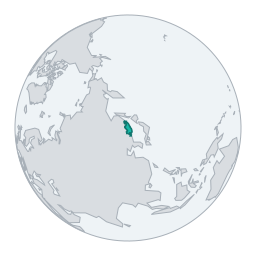 globe centered on Primor'ye, rotated 292°
{"feature_id": "RUS-2611", "entity_name": "Primor'ye", "entity_type": "Territory", "adm_level": 1, "iso_a3": "RUS", "parent_name": "Russia", "parent_adm1": "", "projection": "orthographic", "projection_center": [134.86, 45.37], "detail": "fine", "context": "on_globe", "style": "filled", "palette": "teal", "viewbox_px": 256, "rotation_deg": 292, "n_neighbors": 0, "source": "natural_earth", "source_scale": "10m", "svg_char_len": 13981}
<svg xmlns="http://www.w3.org/2000/svg" viewBox="0 0 256 256"><g transform="rotate(292 128 128)"><circle cx="128" cy="128" r="113" fill="#eef3f6" stroke="#a8b0b8"/><path d="M204.7,204.2L204.7,204.6L204.7,204.2ZM218.9,61.4L217.7,62.6L221.3,64.9L222.2,66.5L221.6,66.8L220.4,65.0L217.9,64.3L217.7,66.5L212.4,65.4L201.9,59.3L202.8,58.2L200.2,57.1L198.8,58.6L198.5,59.9L187.5,60.0L181.6,67.0L183.4,71.8L180.2,68.9L185.9,80.1L185.0,86.7L183.8,77.7L182.0,75.7L180.3,79.2L178.0,77.9L175.9,79.0L173.4,77.2L172.9,72.3L171.3,71.2L170.2,73.8L166.9,73.9L168.8,70.1L163.4,69.9L161.5,62.4L168.5,54.9L165.3,50.1L166.8,41.3L164.5,41.1L163.6,37.9L160.7,36.5L161.8,35.5L158.4,35.3L157.9,36.5L156.3,36.9L154.5,36.3L155.6,34.8L156.7,34.9L156.1,34.2L157.4,33.7L155.7,33.6L157.3,32.0L153.1,32.7L152.1,30.7L153.9,30.0L157.2,31.2L169.4,33.3L172.2,33.4L172.9,32.0L166.9,26.5L168.5,26.3L168.2,25.1L165.8,24.5L165.1,25.3L160.4,24.3L160.1,25.6L158.1,25.5L156.5,26.7L153.0,25.3L150.6,23.4L151.8,22.5L150.7,21.7L146.6,21.8L145.9,19.6L140.4,17.5L140.6,17.2L146.5,17.6L154.1,19.4L161.7,21.0L153.1,18.9L153.8,18.5L152.3,18.1L150.1,17.7L148.4,17.4L147.8,17.2L156.2,19.0L156.8,19.2L154.2,18.5L157.8,19.5L163.4,21.1L171.5,24.1L179.4,27.8L187.0,32.1L194.3,36.9L201.1,42.3L207.5,48.2L213.4,54.6L218.9,61.4ZM227.8,129.0L226.8,127.2L228.0,127.0L227.8,129.0ZM225.9,127.0L226.3,127.4L225.8,127.3L225.9,127.0ZM225.3,127.5L225.7,127.1L225.3,127.8L225.3,127.5ZM224.6,128.4L224.9,127.8L224.9,128.0L224.6,128.4ZM223.2,129.1L222.9,129.3L223.1,128.5L223.2,129.1ZM198.7,60.7L199.0,58.8L201.1,58.0L201.1,59.7L198.7,60.7ZM194.4,62.5L193.9,61.1L196.9,62.1L196.3,62.6L194.4,62.5ZM185.1,75.7L185.7,73.8L185.9,76.1L185.1,75.7ZM176.1,79.4L176.6,80.5L175.3,80.6L176.1,79.4ZM158.5,27.4L157.5,27.0L158.3,27.0L158.5,27.4ZM158.7,28.3L160.3,28.5L160.7,29.0L159.7,28.8L158.7,28.3ZM170.2,78.1L168.0,78.1L170.2,77.2L170.2,78.1ZM156.6,28.0L161.1,29.8L161.6,30.6L158.2,30.9L156.6,28.0ZM166.6,77.6L161.1,78.0L161.8,80.2L156.7,74.4L163.0,75.9L165.7,74.3L165.2,76.3L166.6,77.6ZM158.6,37.2L159.0,35.9L160.3,37.6L158.6,37.2ZM159.8,38.3L166.3,43.4L164.8,45.3L162.9,43.1L162.3,46.1L158.4,44.3L157.9,42.3L159.6,41.5L156.8,41.5L159.8,38.3ZM154.7,71.3L153.3,70.8L154.7,70.4L154.7,71.3ZM155.8,37.2L157.2,38.0L156.0,39.6L152.9,38.3L154.3,38.2L155.8,37.2ZM164.0,47.7L162.6,48.8L159.0,47.7L158.0,48.0L158.2,44.5L164.0,47.7ZM153.6,37.5L151.4,37.6L150.3,36.3L154.3,36.5L153.6,37.5ZM157.0,40.6L156.3,41.4L155.7,40.5L157.0,40.6ZM145.2,32.1L146.9,32.9L146.5,33.8L145.2,32.1ZM150.6,37.7L151.0,38.2L151.0,38.7L149.3,38.5L150.6,37.7ZM155.7,44.0L154.5,43.4L155.4,45.4L152.8,44.7L153.4,42.6L152.0,43.2L151.2,43.1L152.6,41.5L155.7,44.0ZM147.6,39.8L147.5,37.0L144.3,35.3L144.7,34.4L149.6,37.4L147.6,39.8ZM150.4,40.9L148.8,40.0L150.0,39.3L151.9,39.5L150.4,40.9ZM150.8,45.1L154.7,46.6L154.4,47.1L150.8,45.1ZM146.5,39.4L146.5,40.1L146.1,39.3L146.5,39.4ZM149.2,43.5L150.6,43.9L150.3,44.4L149.2,43.5ZM145.5,41.2L145.4,40.2L146.7,40.3L145.5,41.2ZM147.0,42.3L146.2,42.9L147.2,40.9L147.7,42.4L147.0,42.3ZM148.6,43.9L148.9,44.3L148.1,43.6L148.6,43.9ZM140.6,41.5L141.6,39.0L144.5,39.1L143.1,41.5L140.6,41.5ZM64.3,35.1L55.0,43.1L53.1,44.9L50.9,46.2L40.4,58.0L41.1,58.4L35.0,68.5L33.2,74.1L38.7,71.0L41.7,61.7L45.6,57.9L46.0,63.3L43.8,72.1L45.3,70.9L49.5,63.8L51.9,64.4L51.3,61.3L49.4,63.5L48.9,61.8L50.7,59.6L51.5,59.9L52.9,57.1L48.8,57.0L46.4,59.3L48.4,53.7L44.6,57.1L44.2,56.5L50.4,50.6L52.0,49.7L61.1,41.9L59.6,42.2L50.9,49.7L52.3,48.0L50.2,48.9L52.9,46.9L62.8,39.0L66.6,35.0L66.4,33.7L67.7,32.9L76.1,28.0L79.9,26.4L72.0,31.4L73.7,31.0L79.7,28.4L76.7,30.2L78.2,29.8L75.6,31.9L76.3,33.7L74.3,35.9L78.7,35.8L78.3,37.0L75.8,36.6L73.1,37.7L68.7,43.8L69.1,44.7L72.3,44.3L70.7,46.2L74.3,45.0L73.8,48.6L77.5,43.3L81.3,43.1L83.3,45.0L85.2,44.0L82.1,41.0L80.2,40.7L77.5,41.8L73.0,40.7L73.7,38.8L80.8,36.8L82.5,34.1L87.4,34.0L93.0,41.7L93.2,45.7L84.9,52.9L82.5,52.0L84.2,48.9L78.8,52.1L81.1,51.7L79.7,53.4L83.1,53.9L82.3,55.2L86.9,53.6L86.3,55.2L83.4,56.2L87.9,58.6L87.7,62.2L89.1,62.2L90.6,61.2L89.5,66.6L90.6,66.4L91.4,64.5L94.0,62.9L98.2,62.2L97.6,64.1L96.0,64.6L91.7,68.6L87.5,69.9L87.7,70.6L91.2,70.0L96.4,65.0L99.1,64.2L97.0,66.6L98.0,65.7L99.1,65.8L99.7,67.8L102.2,65.2L115.8,65.4L118.3,69.6L114.8,71.6L123.6,74.6L125.7,79.6L126.4,77.8L131.1,78.3L130.5,76.7L131.2,75.9L143.1,77.2L145.4,79.2L151.3,78.2L151.7,77.4L150.3,75.8L156.7,74.4L161.8,80.2L160.7,81.8L164.6,84.6L161.5,88.0L160.8,92.3L155.1,94.9L155.1,98.3L156.6,99.0L157.7,104.3L154.5,113.3L150.2,102.8L153.7,89.9L151.6,94.7L150.0,92.8L148.1,94.1L146.8,97.7L147.9,98.7L135.4,101.0L128.3,109.7L133.8,110.5L135.8,114.2L132.6,126.1L117.0,138.5L119.5,144.5L118.7,147.8L114.5,148.7L115.5,144.0L112.4,141.3L113.6,138.6L107.1,138.9L108.5,135.1L102.7,137.4L103.4,141.1L108.6,142.0L103.0,146.0L106.5,152.9L105.4,159.3L94.2,167.3L85.2,167.3L84.3,168.9L81.6,165.5L76.6,167.3L80.8,180.0L80.2,182.8L72.8,185.0L72.9,182.9L65.5,173.7L63.2,179.6L68.8,188.1L70.6,195.2L66.0,191.0L64.2,184.5L61.6,181.1L63.0,175.8L62.1,165.6L57.4,164.6L58.5,161.1L56.6,151.0L50.3,149.0L39.8,151.1L37.2,159.0L34.1,159.9L33.0,143.2L35.2,134.0L33.1,132.2L33.4,120.6L29.0,109.3L29.8,106.3L28.7,105.0L29.1,99.2L31.0,94.6L30.6,92.2L25.9,104.6L26.5,107.3L29.1,107.1L27.5,110.7L27.3,117.1L22.2,118.4L18.1,108.8L20.2,102.2L30.2,78.2L31.3,77.2L31.7,76.6L30.0,77.8L32.6,73.6L24.6,88.0L22.1,93.0L18.0,108.9L17.8,109.0L17.2,113.3L18.5,120.1L17.9,121.9L15.8,126.2L15.4,126.3L15.8,118.1L16.8,109.9L18.5,101.8L20.7,93.8L23.5,86.0L26.8,78.5L30.7,71.2L35.2,64.2L40.1,57.5L45.5,51.3L51.4,45.4L57.6,40.0L64.3,35.1ZM39.0,84.5L39.4,90.2L43.7,84.7L44.2,86.5L45.5,84.1L44.0,84.3L47.7,78.2L49.5,79.8L51.8,78.1L51.7,76.1L47.9,74.2L42.4,82.8L40.4,82.8L39.0,84.5ZM153.3,18.4L152.6,18.3L150.5,17.8L151.8,18.0L153.3,18.4ZM139.2,16.2L138.7,16.0L140.0,16.2L141.7,16.3L146.6,17.2L141.0,17.1L142.7,16.9L139.2,16.2ZM151.6,18.7L149.1,17.9L152.1,18.8L151.6,18.7ZM88.7,26.7L86.5,27.7L85.4,27.4L87.9,25.3L89.5,25.6L88.7,26.7ZM83.5,29.1L90.0,28.0L88.7,29.5L88.3,28.8L86.8,29.9L85.8,29.1L78.3,31.8L76.8,31.8L82.2,27.5L81.3,28.8L83.5,27.8L83.5,29.1ZM108.7,24.8L111.5,25.0L105.1,27.9L103.2,27.5L105.6,25.2L109.2,24.4L108.7,24.8ZM149.7,28.3L151.1,28.6L150.8,29.0L149.3,29.0L149.7,28.3ZM146.0,32.4L142.9,27.6L144.4,27.6L140.7,25.1L143.3,24.2L145.6,25.8L144.9,23.4L148.0,24.5L147.0,23.0L151.9,26.7L154.6,27.8L150.6,26.8L148.1,27.6L147.9,28.2L149.3,31.0L154.0,34.0L152.3,35.4L149.9,35.6L148.5,35.1L150.0,34.3L147.0,34.2L148.2,32.6L146.0,32.4ZM122.1,40.3L124.5,39.0L118.7,39.6L119.9,37.6L119.1,37.8L118.6,36.3L116.6,34.8L117.6,34.0L116.4,33.8L116.0,32.8L114.7,32.3L116.1,30.8L114.6,30.1L116.1,29.8L113.2,29.0L116.0,28.9L115.7,27.9L113.2,28.5L123.7,22.9L125.9,20.9L126.3,19.5L131.0,19.9L133.7,21.7L134.7,24.3L131.9,26.3L134.5,26.3L133.9,27.3L132.1,26.9L134.6,28.1L133.6,28.8L134.6,31.9L138.8,33.5L139.2,34.7L137.1,34.5L139.0,35.9L135.3,36.4L135.5,37.4L132.1,38.9L127.8,38.1L128.4,39.2L125.8,40.6L122.1,40.3ZM139.5,41.9L134.2,41.1L132.2,39.7L139.0,37.6L139.3,36.7L143.6,35.6L146.4,37.7L144.9,37.8L144.1,38.4L143.6,37.4L143.4,38.6L141.4,38.9L140.7,39.9L139.2,39.3L139.5,41.9ZM53.1,45.5L52.0,46.6L50.9,48.2L49.5,48.9L53.1,45.5ZM59.8,40.0L59.1,40.7L56.6,42.2L57.7,41.1L59.8,40.0ZM60.9,40.0L59.3,40.6L60.8,39.6L60.9,40.0ZM75.5,37.4L75.0,38.3L74.1,38.6L73.4,38.3L75.5,37.4ZM105.3,42.4L106.9,41.7L107.3,42.1L111.3,42.0L110.8,43.6L108.2,44.3L105.3,42.4ZM38.0,70.2L37.2,69.5L38.1,68.2L38.1,68.7L38.0,70.2ZM42.7,58.3L40.6,61.6L42.4,58.5L42.7,58.3ZM105.4,44.1L107.1,43.9L105.7,44.8L105.4,44.1ZM110.6,44.7L109.4,45.9L111.2,43.8L110.6,44.7ZM97.6,217.2L101.0,218.3L100.9,218.6L97.6,217.2ZM94.0,215.1L97.8,216.2L93.4,215.7L94.0,215.1ZM99.3,216.7L103.2,216.9L104.9,216.8L104.7,217.4L99.3,216.7ZM91.4,214.4L78.1,209.7L72.9,206.7L74.0,206.0L82.3,209.6L91.4,214.4ZM73.6,205.8L66.0,198.7L56.6,182.0L59.9,184.2L69.9,196.6L69.3,197.4L73.9,202.4L73.6,205.8ZM92.6,206.1L92.0,209.3L84.4,206.6L81.1,204.8L78.8,199.5L80.1,197.7L82.8,198.8L93.9,194.3L97.7,197.4L94.1,199.8L97.2,203.9L92.6,206.1ZM37.4,160.1L38.4,166.8L36.8,166.1L37.4,160.1ZM99.0,189.6L94.1,192.0L98.8,188.2L99.0,189.6ZM102.1,185.4L102.1,187.4L100.5,185.0L102.1,185.4ZM83.7,171.7L80.8,171.1L81.0,169.6L84.8,169.6L83.7,171.7ZM104.5,164.7L103.4,169.2L102.5,170.5L101.7,167.4L104.5,164.7ZM103.4,58.7L98.4,56.9L94.5,57.0L91.7,59.1L93.5,55.6L99.5,55.4L103.4,58.7ZM114.3,64.3L116.7,62.7L117.1,64.1L116.7,64.6L114.3,64.3ZM114.8,62.9L114.9,59.7L117.2,59.3L116.6,61.8L114.8,62.9ZM109.9,51.4L108.5,50.7L109.6,49.9L109.9,51.4ZM143.8,239.5L142.7,239.5L147.8,238.7L146.5,239.1L143.8,239.5ZM185.3,225.0L185.4,224.7L186.2,224.5L185.3,225.0ZM122.1,237.6L101.3,236.3L96.4,234.8L96.9,234.3L90.9,229.8L92.4,230.3L90.5,227.3L102.3,227.9L110.6,224.2L118.1,225.6L123.2,221.9L131.1,222.7L129.2,225.9L138.0,228.1L142.7,220.7L149.3,228.0L156.5,229.4L159.9,232.3L151.4,237.5L145.4,238.9L143.7,238.9L141.4,239.3L136.9,239.6L133.4,238.7L131.2,239.1L132.9,238.2L129.8,239.0L127.0,238.2L122.1,237.6ZM179.6,220.9L181.0,220.6L183.7,220.6L181.3,221.3L179.6,220.9ZM201.1,207.8L201.9,207.7L200.3,208.8L201.1,207.8ZM204.5,204.7L202.6,206.2L204.7,204.2L204.5,204.7ZM186.0,214.8L186.8,214.9L186.2,215.3L186.0,214.8ZM185.4,214.9L186.1,213.9L186.1,214.6L185.4,214.9ZM178.0,213.1L178.7,212.5L179.2,212.7L178.0,213.1ZM106.1,219.4L110.7,217.9L113.4,218.2L106.1,219.4ZM176.6,212.6L174.5,213.0L174.7,212.5L176.6,212.6ZM176.7,211.5L176.4,210.9L177.8,212.0L176.7,211.5ZM172.5,211.0L175.2,211.6L172.3,211.2L172.5,211.0ZM171.1,211.5L169.2,211.3L169.3,211.1L171.1,211.5ZM151.5,215.1L158.2,218.3L153.0,218.8L147.2,216.8L143.0,219.2L133.4,218.8L135.4,217.4L134.0,215.1L124.3,213.6L122.4,211.9L125.7,211.1L119.5,209.2L126.3,209.2L129.2,212.7L133.1,210.4L140.0,211.2L147.0,212.2L152.8,214.1L151.5,215.1ZM126.5,216.2L127.7,216.3L126.7,217.1L126.5,216.2ZM165.7,210.3L168.4,211.3L168.1,211.7L166.8,211.7L165.7,210.3ZM154.1,213.5L160.2,210.3L161.7,210.2L157.7,213.5L154.1,213.5ZM158.6,208.8L161.6,208.9L163.2,210.1L162.6,210.6L158.6,208.8ZM112.6,211.6L112.4,212.4L110.7,211.5L112.6,211.6ZM114.8,211.4L120.1,213.1L114.4,212.1L114.8,211.4ZM99.5,205.2L100.9,207.7L105.5,207.4L102.0,208.6L105.3,212.7L104.3,213.7L101.0,209.4L100.1,212.9L98.0,212.3L96.8,208.8L98.8,205.2L100.8,204.0L109.2,205.0L99.5,205.2ZM114.7,208.8L113.4,206.1L114.4,204.5L115.9,206.1L114.7,208.8ZM109.6,199.0L106.2,195.1L103.0,195.6L109.8,192.5L111.8,196.8L109.6,199.0ZM107.1,191.3L104.0,191.8L107.3,189.8L107.1,191.3ZM103.3,190.5L103.2,188.1L105.5,189.0L103.3,190.5ZM108.6,191.8L109.6,188.0L110.6,190.5L108.6,191.8ZM102.9,182.6L107.4,187.7L101.1,184.5L101.9,176.6L104.7,177.1L102.9,182.6ZM124.9,152.7L124.8,150.1L127.6,149.9L126.9,151.7L124.9,152.7ZM136.7,147.7L128.4,149.1L121.7,150.3L123.3,151.8L121.0,155.7L119.1,151.3L124.4,147.4L129.3,147.2L130.9,143.8L135.0,141.8L135.5,137.2L137.6,135.5L138.7,139.7L136.7,147.7ZM135.5,135.2L137.8,127.2L142.6,129.0L143.2,131.1L140.1,134.0L137.7,132.9L135.5,135.2ZM139.7,125.9L137.5,124.8L136.0,112.1L136.9,110.0L140.6,120.1L138.6,119.7L138.1,122.6L139.7,125.9ZM153.3,71.9L153.3,70.9L154.2,71.8L153.3,71.9ZM130.8,75.0L131.9,74.1L132.9,75.1L130.8,75.0ZM135.6,72.1L133.6,71.6L135.9,71.4L135.6,72.1ZM129.3,70.7L133.0,71.0L129.1,71.9L129.3,70.7Z" fill="#d9dde1" stroke="#a8b0b8" stroke-width="1"/><path d="M126.7,126.1L126.6,125.9L126.7,125.6L126.8,125.5L127.0,125.5L127.4,125.4L127.5,125.2L127.4,125.1L127.4,124.9L127.6,124.9L127.6,124.7L127.8,124.6L128.0,124.5L128.3,124.4L128.5,124.5L128.8,124.7L128.8,124.8L128.7,124.9L128.7,125.0L128.8,125.0L128.9,124.9L129.0,124.9L129.1,125.0L129.3,125.0L129.5,125.2L129.8,125.2L130.0,125.2L130.3,125.2L130.5,125.1L130.6,124.9L130.8,124.7L130.8,124.4L130.9,124.2L131.0,124.2L131.1,124.3L131.2,124.2L131.3,124.3L131.5,124.4L131.6,124.2L131.8,124.1L132.0,123.9L132.2,123.7L132.3,123.7L132.2,123.6L132.2,123.4L131.9,123.4L131.6,123.2L131.4,123.2L131.5,123.1L131.5,122.8L131.4,122.8L131.3,122.7L131.2,122.7L131.3,122.5L131.4,122.4L131.5,122.4L131.8,122.4L132.0,122.3L132.1,122.2L132.3,122.1L132.4,121.9L132.5,121.9L132.8,122.0L132.7,122.1L132.8,122.2L132.8,122.3L133.0,122.4L133.0,122.5L132.9,122.5L133.1,122.8L133.2,123.0L133.0,123.3L132.9,123.3L133.0,123.4L133.0,123.5L132.9,123.6L133.0,123.7L132.9,123.7L133.0,123.7L133.0,123.8L133.3,123.7L133.5,123.9L133.5,124.0L133.4,124.1L133.0,124.6L132.9,124.8L132.8,125.1L132.7,125.4L132.7,125.5L132.5,125.8L132.4,126.1L132.3,126.4L132.2,126.5L132.0,126.8L131.9,127.1L131.7,127.3L131.2,127.9L131.1,128.0L130.7,128.3L130.7,128.5L130.4,128.8L130.3,129.0L130.2,129.0L130.1,129.3L129.9,129.4L129.9,129.6L129.7,129.8L129.4,129.9L129.4,130.0L129.2,130.2L129.2,130.3L129.1,130.5L128.9,130.8L128.8,131.2L128.6,131.3L128.6,131.2L128.5,131.3L128.4,131.6L128.2,131.8L127.9,132.0L127.6,132.2L127.4,132.3L127.0,132.5L126.9,132.7L126.7,132.9L126.4,133.0L126.3,132.9L126.2,132.9L126.1,133.0L125.9,133.1L125.7,133.1L125.3,133.2L125.2,133.0L125.0,132.9L124.9,132.9L124.7,132.9L124.5,132.7L124.5,132.8L124.4,132.8L124.3,132.6L124.3,132.4L124.4,132.2L124.2,132.1L123.9,132.4L123.7,132.4L123.8,132.3L123.7,132.4L123.8,132.2L124.0,132.0L124.0,131.9L123.9,132.0L123.7,132.0L123.7,131.9L123.6,132.0L123.4,132.2L123.4,132.3L123.5,132.2L123.4,132.3L123.3,132.5L123.2,132.5L123.0,132.8L122.9,133.0L122.7,133.2L122.7,133.3L122.8,133.3L122.7,133.4L122.6,133.2L122.4,133.2L122.3,133.3L122.2,133.2L122.3,133.2L122.3,133.3L122.4,133.2L122.1,133.2L121.9,133.2L122.0,133.3L122.2,133.5L122.0,133.9L121.9,133.9L121.9,133.7L121.7,133.4L121.8,133.3L121.8,133.2L121.7,133.1L121.8,132.9L122.1,132.9L122.4,132.8L122.5,132.7L122.7,132.3L122.7,132.1L122.8,132.0L122.8,131.9L122.9,131.7L122.7,131.5L122.8,131.4L122.8,131.0L122.8,130.8L122.8,130.6L122.7,129.2L122.5,128.9L122.8,128.8L123.1,128.7L123.5,128.5L123.5,128.4L123.5,128.2L123.8,128.0L124.0,128.2L125.2,128.6L125.3,128.6L125.6,128.4L125.6,128.2L125.6,127.9L125.7,127.7L126.0,127.6L126.1,127.4L126.1,127.2L126.3,127.0L126.3,126.9L126.4,126.6L126.5,126.4L126.7,126.2L126.7,126.1ZM123.8,132.5L123.7,132.7L123.6,132.4L123.8,132.5ZM124.5,132.9L124.6,133.0L124.5,132.9L124.5,132.9Z" fill="#14b8a6" stroke="#0f766e" stroke-width="1.5"/></g></svg>